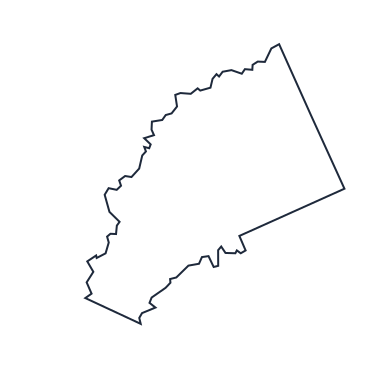 Cherokee, Texas, United States of America (Albers equal-area conic projection), rotated 66°
{"feature_id": "52423323B13396294206268", "entity_name": "Cherokee", "entity_type": "district", "adm_level": 2, "iso_a3": "USA", "parent_name": "United States of America", "parent_adm1": "Texas", "projection": "albers", "projection_center": [-95.197, 31.782], "detail": "fine", "context": "isolated", "style": "outline", "palette": "slate", "viewbox_px": 384, "rotation_deg": 66, "n_neighbors": 0, "source": "geoboundaries", "source_scale": "gbopen_adm2", "svg_char_len": 1126}
<svg xmlns="http://www.w3.org/2000/svg" viewBox="0 0 384 384"><g transform="rotate(66 192 192)"><path d="M92.4,52.3L93.1,61.1L102.8,72.5L99.6,78.9L100.5,84.9L104.9,87.2L101.3,93.7L104.2,98.4L96.7,106.4L94.6,115.1L97.5,120.3L94.3,121.7L97.0,127.2L104.2,132.7L102.7,143.2L99.6,144.7L101.8,153.2L96.9,162.3L96.5,167.8L107.8,170.9L111.9,178.7L111.0,184.7L114.1,189.9L111.4,200.0L118.6,203.6L124.6,203.6L123.4,213.8L131.7,210.4L134.6,213.3L131.4,217.3L136.2,217.6L138.4,222.6L149.1,230.7L153.7,241.2L150.2,246.6L151.8,253.8L157.4,254.3L159.4,259.9L154.6,266.6L159.0,272.9L176.6,275.5L189.8,270.3L192.1,274.3L199.5,278.5L197.0,283.5L198.2,287.7L204.3,288.6L212.9,295.9L213.5,305.9L211.0,305.4L212.8,315.9L224.8,314.6L231.7,325.0L244.0,325.1L245.5,332.6L291.6,292.5L285.6,291.4L282.3,286.9L282.7,272.4L276.0,275.9L272.0,271.8L268.8,255.1L266.1,248.6L262.6,247.4L263.7,241.1L257.8,225.2L260.4,214.8L255.5,209.4L257.3,203.0L269.3,202.7L270.1,198.1L255.8,191.8L253.7,187.5L261.3,186.2L265.6,177.3L263.6,174.8L267.8,172.4L267.2,166.8L251.4,166.6L251.0,51.4L169.9,52.1L92.4,52.3Z" fill="none" stroke="#1e293b" stroke-width="2"/></g></svg>